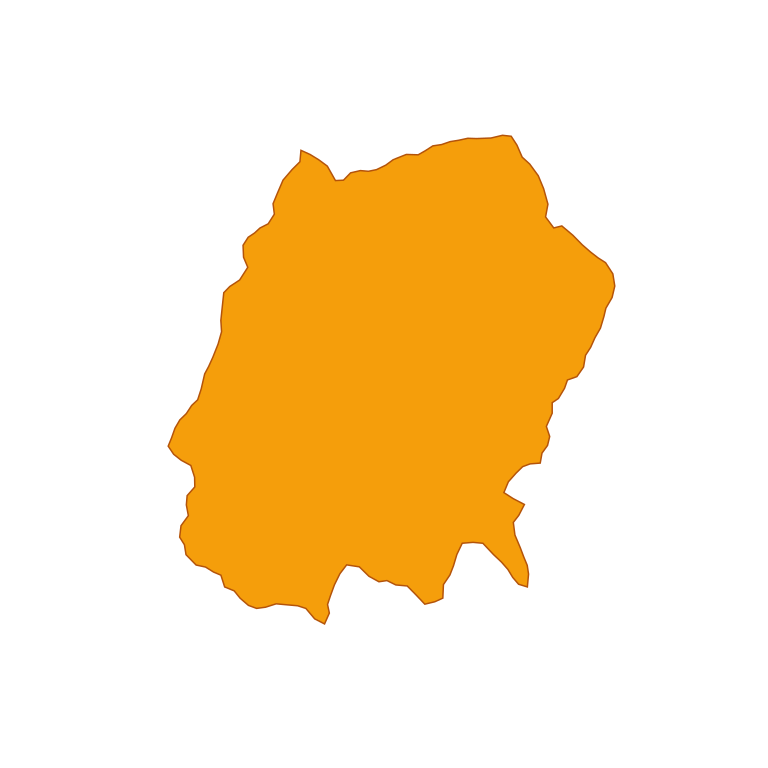 the district of Monsenhor Paulo, Minas Gerais, Brazil, rotated 153°
{"feature_id": "56859067B7158263227488", "entity_name": "Monsenhor Paulo", "entity_type": "district", "adm_level": 2, "iso_a3": "BRA", "parent_name": "Brazil", "parent_adm1": "Minas Gerais", "projection": "natural_earth1", "projection_center": [-45.479, -21.731], "detail": "fine", "context": "isolated", "style": "filled", "palette": "amber", "viewbox_px": 768, "rotation_deg": 153, "n_neighbors": 0, "source": "geoboundaries", "source_scale": "gbopen_adm2", "svg_char_len": 2115}
<svg xmlns="http://www.w3.org/2000/svg" viewBox="0 0 768 768"><g transform="rotate(153 384 384)"><path d="M579.9,237.1L570.7,231.3L561.6,225.6L555.5,219.5L552.4,206.2L545.9,197.2L536.7,204.7L534.4,213.2L528.0,219.5L519.3,227.6L509.4,235.0L499.4,239.8L489.0,232.3L484.7,219.5L478.3,210.1L470.6,207.5L464.7,199.6L455.0,193.5L451.2,181.5L447.6,169.3L437.6,166.9L428.8,166.5L422.1,178.3L412.0,183.9L404.6,190.5L396.5,199.0L386.6,206.6L376.6,202.5L368.2,197.2L363.9,182.4L360.2,172.0L357.8,162.6L357.1,153.2L355.0,144.5L348.4,138.1L341.5,149.0L338.7,157.4L338.0,166.3L336.9,176.3L335.9,190.0L331.6,202.0L323.5,205.8L313.6,212.9L320.9,223.2L326.5,232.8L317.6,240.4L306.9,244.6L298.0,247.4L290.1,246.5L280.7,242.6L274.6,250.7L266.2,255.0L260.2,262.0L258.6,272.5L247.4,281.6L242.6,291.0L235.2,291.9L225.1,298.2L218.7,304.3L208.8,303.0L198.5,308.5L191.4,318.1L183.3,322.8L175.1,329.4L165.8,335.5L157.5,344.2L151.9,350.8L141.5,357.5L133.9,366.5L130.1,378.2L131.5,391.5L136.0,399.2L140.0,407.7L144.2,418.1L148.2,430.8L153.8,444.1L161.9,446.0L164.2,459.5L156.3,469.8L153.1,485.5L152.0,499.5L154.3,513.8L157.9,523.4L157.1,536.5L158.2,547.0L165.5,551.8L177.0,554.6L190.2,560.7L197.8,564.9L206.9,567.3L214.9,569.9L224.0,571.2L232.4,574.0L241.2,573.1L249.5,572.7L259.9,578.4L273.9,579.7L283.0,578.2L293.4,578.4L301.3,580.6L308.2,584.9L317.9,587.3L327.6,584.0L334.9,587.3L335.6,603.9L340.3,613.3L345.6,622.0L351.9,629.9L358.0,620.2L368.5,616.8L381.4,611.5L392.1,602.6L401.0,595.0L404.6,585.1L414.5,579.3L423.7,579.3L430.8,577.3L438.4,576.4L446.6,571.6L451.6,560.7L452.4,549.8L465.4,542.2L477.1,540.9L485.3,538.1L493.7,525.2L500.5,514.7L505.0,504.3L513.7,494.9L524.4,485.5L532.3,479.2L539.2,474.4L549.1,462.6L557.2,454.5L565.1,452.2L573.5,447.4L582.2,444.7L590.3,439.5L597.9,432.3L604.5,426.6L603.3,416.8L599.3,408.1L593.1,399.1L595.1,386.9L599.3,378.2L610.1,373.9L615.0,366.0L618.1,355.5L629.2,349.9L635.6,340.3L634.8,331.4L637.9,321.8L633.6,308.0L626.1,301.9L621.3,293.9L616.1,287.7L618.1,275.5L611.4,267.7L609.4,258.3L605.3,248.3L599.4,241.9L590.9,238.9L579.9,237.1Z" fill="#f59e0b" stroke="#b45309" stroke-width="1.5"/></g></svg>